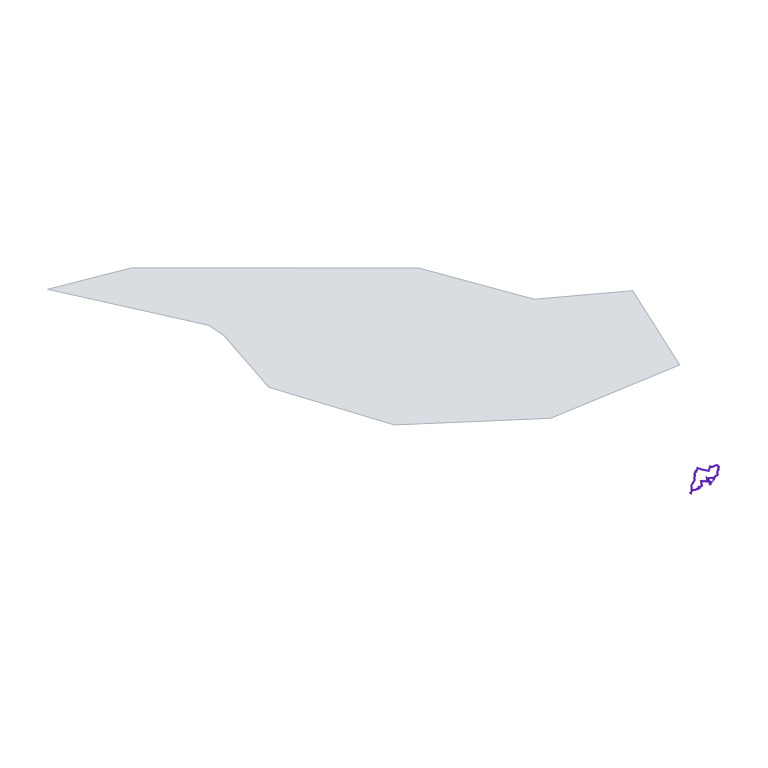 location of Ngerkebesang, Palau, rotated 263°
{"feature_id": "81905179B69060738119315", "entity_name": "Ngerkebesang", "entity_type": "district", "adm_level": 2, "iso_a3": "PLW", "parent_name": "Palau", "parent_adm1": "", "projection": "equal_earth", "projection_center": [134.445, 7.355], "detail": "medium", "context": "in_parent", "style": "outline", "palette": "violet", "viewbox_px": 768, "rotation_deg": 263, "n_neighbors": 0, "source": "geoboundaries", "source_scale": "gbopen_adm2", "svg_char_len": 2125}
<svg xmlns="http://www.w3.org/2000/svg" viewBox="0 0 768 768"><g transform="rotate(263 384 384)"><path d="M446.3,642.2L366.9,679.8L329.7,545.3L342.1,389.3L394.7,269.3L451.8,230.9L463.6,217.2L519.0,61.5L530.0,147.4L495.0,432.3L449.9,543.2L446.3,642.2Z" fill="#d9dde1" stroke="#a8b0b8" stroke-width="1"/><path d="M262.4,684.9L261.6,684.7L260.4,684.1L260.4,683.8L259.9,683.2L259.8,682.9L259.7,682.7L259.4,682.6L259.0,683.1L258.7,683.0L258.5,682.7L258.6,682.2L257.3,681.3L256.7,681.2L256.3,681.0L255.8,681.7L255.5,681.7L254.5,681.3L254.1,680.7L253.1,680.7L252.2,680.4L251.9,680.7L251.8,680.8L250.7,680.6L249.9,680.0L248.6,678.7L248.4,678.6L248.2,678.7L246.6,677.2L245.5,676.7L244.7,676.6L243.6,676.9L242.4,676.3L241.5,676.7L240.5,676.3L240.3,676.5L240.3,676.8L241.0,677.4L241.1,677.7L241.2,678.9L240.9,679.7L241.1,680.7L241.9,681.7L241.5,682.4L241.4,682.8L241.8,683.0L242.2,684.3L243.4,683.6L243.6,683.8L243.6,684.1L243.4,684.7L243.5,685.3L243.8,686.1L243.8,686.6L244.3,687.2L245.1,687.2L245.5,686.9L246.4,687.1L246.6,686.9L249.0,686.7L249.1,687.4L248.9,688.6L248.3,689.2L248.4,689.6L248.5,692.6L247.9,692.4L247.9,692.6L247.9,693.0L248.6,692.9L248.6,693.2L247.0,695.3L246.0,694.9L245.8,694.9L245.3,695.5L244.7,695.5L244.8,695.9L245.8,696.1L246.0,696.4L246.7,695.9L247.0,696.5L247.3,696.1L247.3,695.6L248.1,694.6L249.8,694.6L250.1,694.7L250.3,694.5L250.1,693.0L250.4,693.1L250.4,694.0L250.9,693.0L251.5,693.0L251.2,693.3L251.0,693.9L250.9,698.6L250.7,698.9L250.1,699.2L250.0,699.4L250.1,699.9L250.6,700.5L251.3,700.5L251.6,700.8L251.8,701.3L252.4,702.1L252.6,702.2L252.5,702.6L252.7,703.6L253.3,704.2L254.0,704.3L255.3,703.8L255.8,704.1L256.3,704.1L257.0,704.5L257.1,704.8L258.1,705.0L258.6,706.5L258.7,705.9L259.5,705.5L260.1,705.6L260.8,706.3L261.1,706.3L262.0,705.4L262.7,705.2L262.9,704.3L262.9,704.1L262.6,703.7L262.8,702.9L262.5,701.8L262.1,701.4L261.8,700.6L261.9,699.7L261.6,699.0L263.1,696.9L262.5,697.6L258.2,695.7L260.2,689.6L262.4,684.9ZM238.3,674.8L238.0,675.5L238.4,675.7L238.8,675.3L238.7,674.8L238.3,674.8ZM249.0,699.5L249.5,700.0L249.7,699.7L249.0,699.5Z" fill="none" stroke="#5b21b6" stroke-width="2"/></g></svg>